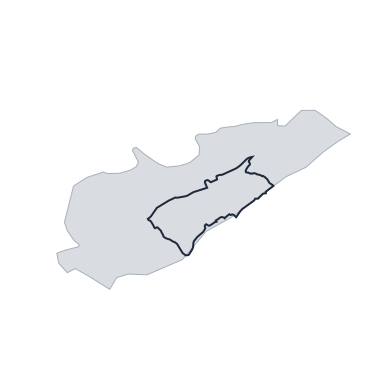 Mount Lebanon highlighted on a map of Lebanon, rotated 212°
{"feature_id": "LBN-3025", "entity_name": "Mount Lebanon", "entity_type": "Province", "adm_level": 1, "iso_a3": "LBN", "parent_name": "Lebanon", "parent_adm1": "", "projection": "robinson", "projection_center": [35.671, 33.864], "detail": "fine", "context": "in_parent", "style": "outline", "palette": "slate", "viewbox_px": 384, "rotation_deg": 212, "n_neighbors": 0, "source": "natural_earth", "source_scale": "10m", "svg_char_len": 3054}
<svg xmlns="http://www.w3.org/2000/svg" viewBox="0 0 384 384"><g transform="rotate(212 192 192)"><path d="M210.2,65.8L234.7,65.9L250.4,65.2L255.0,57.5L267.3,61.0L274.2,68.5L268.0,76.3L259.3,85.3L259.8,87.6L266.3,88.3L277.4,93.2L284.2,98.8L295.6,134.3L288.7,148.9L277.8,161.9L273.0,163.0L263.4,169.5L255.5,178.3L252.7,183.9L253.3,189.1L264.6,195.7L264.9,198.3L262.6,200.4L253.5,199.0L241.7,198.3L234.7,198.3L226.6,199.7L216.4,207.6L211.8,212.9L209.3,216.3L205.6,227.2L209.8,234.6L217.5,238.9L218.6,241.0L216.9,244.8L209.2,249.5L203.4,255.2L201.8,261.1L195.4,266.7L191.4,269.4L183.9,277.1L176.5,283.4L161.4,293.0L158.0,298.8L154.6,293.6L148.1,297.2L142.5,319.1L131.0,326.5L116.6,325.8L104.5,323.8L88.4,325.1L95.0,312.3L101.8,295.7L108.5,273.3L120.4,254.7L145.1,191.6L159.2,166.0L164.3,129.7L186.2,98.0L202.6,88.6L210.5,79.5L210.2,65.8Z" fill="#d9dde1" stroke="#a8b0b8" stroke-width="1"/><path d="M150.3,187.1L151.6,187.2L153.6,186.5L154.5,185.4L155.9,182.0L156.6,180.7L156.7,180.0L156.4,179.7L155.6,179.6L156.8,178.2L158.5,174.2L159.5,172.5L160.4,172.2L162.7,172.2L163.3,171.5L163.2,170.0L162.6,169.2L161.8,168.7L161.4,168.1L161.4,164.0L163.7,156.6L164.3,151.4L163.8,149.4L161.8,145.8L161.4,143.4L161.4,137.6L161.8,136.4L163.8,135.0L163.9,134.9L164.1,134.9L167.7,135.3L177.0,140.0L179.5,140.3L180.0,140.3L182.0,139.9L185.5,140.0L186.1,139.9L187.1,139.5L188.9,139.1L190.8,138.9L191.8,139.0L192.6,139.2L194.3,140.6L195.4,141.0L198.2,142.8L199.0,143.0L200.0,143.0L200.9,143.4L201.9,143.7L202.3,143.7L202.7,143.6L203.0,143.4L203.3,143.2L203.6,142.3L203.9,141.8L204.3,141.7L204.7,141.8L205.4,142.0L205.7,142.2L206.5,142.9L211.1,145.2L212.1,145.4L213.0,145.4L213.9,145.1L215.2,145.8L214.1,148.6L213.9,149.8L213.4,160.0L207.1,172.5L203.2,178.5L201.6,179.2L195.2,185.0L193.7,186.9L193.5,187.3L192.9,188.6L190.6,192.8L181.4,203.6L186.1,206.9L186.7,208.2L185.8,209.7L185.5,210.0L185.1,210.3L184.7,210.4L184.3,210.5L183.8,210.5L182.3,210.3L181.2,210.3L177.4,215.9L179.5,218.1L179.6,218.5L179.4,218.9L178.3,220.2L177.6,221.2L177.0,221.6L175.7,222.4L167.6,234.6L166.6,236.4L165.0,240.7L163.1,248.7L162.7,249.8L162.3,250.5L161.3,252.0L160.7,252.6L159.5,253.7L160.3,248.9L160.2,248.5L160.0,247.8L159.5,247.6L158.8,247.3L158.4,247.1L157.7,246.5L157.5,245.9L157.5,245.4L157.8,244.4L158.0,243.0L158.0,239.6L157.6,238.3L157.0,237.5L156.4,237.4L156.0,237.5L155.5,237.7L155.2,238.0L154.8,238.2L154.5,238.3L154.2,238.3L152.9,238.5L152.2,238.5L151.9,238.6L151.7,238.8L151.5,239.0L151.4,239.2L151.2,239.4L150.9,239.5L150.3,239.7L150.1,239.9L149.9,240.4L149.7,240.6L149.0,241.1L148.7,241.2L148.1,241.2L147.1,241.5L146.4,241.4L146.0,241.5L145.5,241.7L145.2,241.8L143.6,242.4L142.6,242.6L141.2,242.6L140.8,242.6L140.6,242.8L140.5,243.0L140.2,243.3L139.7,243.2L138.2,243.3L134.7,242.6L131.1,240.7L126.9,240.6L126.2,240.3L129.6,231.3L128.7,230.1L130.9,228.2L132.5,221.3L134.9,219.8L134.8,217.8L140.3,204.3L140.9,201.0L141.2,194.0L143.8,194.6L145.7,194.5L146.2,194.2L146.7,193.4L147.1,193.0L148.6,192.9L150.3,187.9L150.3,187.1Z" fill="none" stroke="#1e293b" stroke-width="2"/></g></svg>